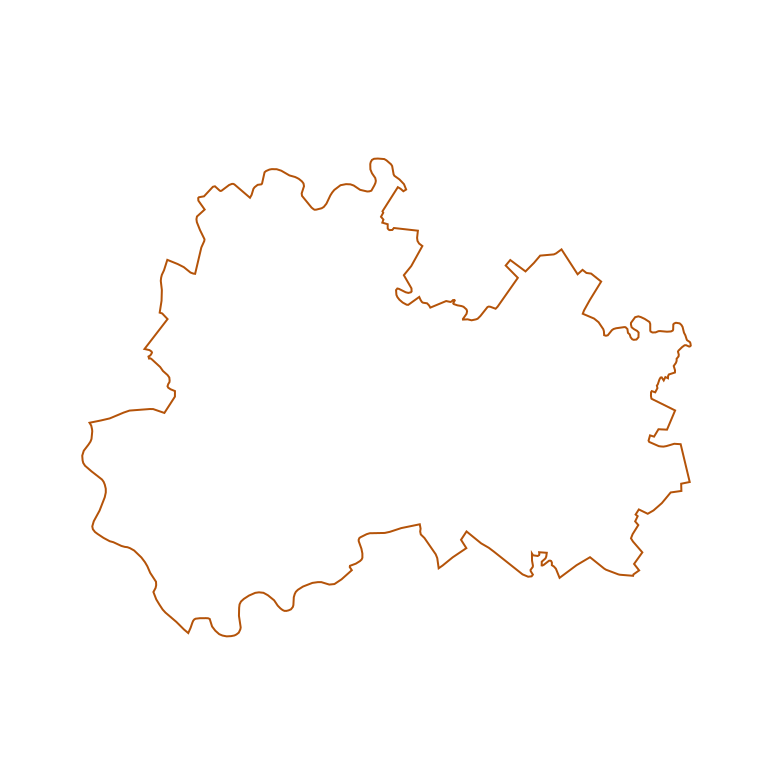 Gia Loc, Hải Dương, Vietnam, rotated 262°
{"feature_id": "81297802B14141540631295", "entity_name": "Gia Loc", "entity_type": "district", "adm_level": 2, "iso_a3": "VNM", "parent_name": "Vietnam", "parent_adm1": "Hải Dương", "projection": "orthographic", "projection_center": [106.289, 20.847], "detail": "fine", "context": "isolated", "style": "outline", "palette": "amber", "viewbox_px": 768, "rotation_deg": 262, "n_neighbors": 0, "source": "geoboundaries", "source_scale": "gbopen_adm2", "svg_char_len": 6137}
<svg xmlns="http://www.w3.org/2000/svg" viewBox="0 0 768 768"><g transform="rotate(262 384 384)"><path d="M204.2,412.5L193.9,412.5L196.1,416.8L202.8,427.9L210.0,442.7L219.0,438.6L226.5,445.2L212.7,458.0L207.2,465.0L202.9,469.3L176.2,494.7L173.1,499.9L173.0,503.4L174.5,504.9L178.3,503.2L179.4,503.2L182.2,505.9L183.5,506.2L188.5,506.0L195.6,506.9L193.6,507.8L192.3,512.3L193.0,513.8L194.0,514.2L195.8,514.2L194.2,521.7L190.7,520.7L188.8,519.6L186.1,515.5L182.4,514.9L182.2,515.5L182.6,516.9L186.0,522.8L186.0,523.9L185.4,524.9L183.8,525.4L181.2,525.0L179.7,526.8L177.2,528.5L167.6,530.9L177.8,549.5L183.8,563.9L170.5,576.4L169.2,578.0L162.9,589.5L162.3,591.0L159.4,604.0L160.7,604.5L163.9,610.7L171.0,606.6L181.3,616.4L193.4,608.6L196.8,607.1L200.7,609.3L208.9,616.2L213.0,613.6L217.8,616.8L219.7,615.0L224.3,618.9L218.8,627.1L221.3,633.3L227.4,642.6L236.7,652.8L236.7,663.6L243.9,664.4L244.4,673.1L283.1,669.4L284.4,663.1L283.2,655.0L283.1,652.0L283.6,649.6L284.2,647.5L289.7,638.6L291.1,638.1L296.1,640.3L294.3,644.1L301.0,649.5L299.4,657.9L317.3,668.6L332.0,647.1L332.3,646.8L335.0,646.7L338.7,647.3L339.7,648.2L338.0,651.4L341.9,654.2L344.5,654.0L345.4,655.0L350.2,657.4L351.9,658.8L351.9,659.9L348.6,661.5L351.7,663.6L350.2,666.0L352.3,666.4L353.8,667.4L354.9,673.7L357.1,674.1L361.5,673.4L364.4,676.1L366.2,677.0L368.3,677.3L370.3,679.5L372.0,680.0L375.1,679.6L376.1,680.3L379.1,684.4L380.5,687.0L380.4,688.5L378.6,691.4L378.7,692.3L379.3,693.1L381.8,693.1L383.0,692.7L385.1,690.3L385.7,690.0L390.3,689.2L393.1,688.2L399.0,687.6L401.1,686.7L402.9,685.2L404.0,681.6L403.6,679.9L402.8,678.8L397.6,677.9L396.7,677.3L396.1,675.5L396.4,671.5L398.0,664.7L398.1,663.1L397.3,660.0L397.7,656.9L398.9,655.3L399.9,655.1L406.4,656.0L408.5,655.5L412.2,651.2L414.5,647.7L415.6,645.3L415.2,642.0L410.2,637.1L408.7,636.8L405.7,637.1L403.5,639.2L401.4,642.0L399.6,643.3L394.9,642.5L392.9,640.2L393.0,637.4L393.8,636.0L396.0,634.7L398.9,634.2L400.7,632.7L404.5,632.7L406.6,631.1L406.9,629.9L406.9,621.6L406.5,619.0L405.6,617.2L401.1,612.4L400.9,610.5L401.7,608.8L405.6,609.1L407.7,608.8L415.3,605.1L419.6,601.1L425.9,590.6L429.0,592.3L438.4,599.4L455.2,613.3L464.5,604.5L465.8,599.9L469.4,596.5L465.7,591.0L492.6,578.5L489.4,572.6L488.7,570.2L489.4,556.5L483.0,549.3L475.8,539.8L489.2,526.3L484.4,521.0L470.5,531.3L444.7,507.2L443.0,505.0L445.7,500.0L446.1,498.5L445.8,497.2L437.9,488.9L435.6,485.8L435.2,484.0L434.9,479.6L436.4,475.8L436.8,471.2L437.4,471.2L442.0,475.5L444.5,476.4L446.3,476.1L449.4,473.5L450.4,471.6L451.7,467.6L453.5,464.1L454.3,463.8L456.9,465.7L457.4,465.4L457.5,464.0L456.3,462.4L456.0,461.2L457.5,457.1L453.2,440.5L455.5,439.6L457.9,437.9L459.1,433.9L460.0,432.9L462.2,431.9L465.3,431.0L459.0,419.0L459.4,417.4L462.1,413.8L465.3,411.0L468.1,409.4L470.5,408.7L475.3,409.0L476.7,410.5L476.2,411.9L471.8,418.3L470.8,420.8L471.1,423.4L471.8,424.2L474.9,424.5L489.0,418.8L497.0,427.4L515.3,441.2L518.2,438.3L521.0,437.1L524.1,437.1L531.1,438.9L537.1,415.5L535.4,413.7L535.6,411.1L536.1,410.2L537.5,409.3L541.7,409.9L544.0,404.8L546.9,406.3L550.0,404.3L553.7,407.1L555.2,406.5L577.0,425.1L575.0,427.6L572.2,430.0L573.5,433.0L579.1,431.6L584.4,427.8L588.7,423.3L590.2,422.7L598.7,422.4L600.5,421.6L605.1,417.6L606.7,415.6L608.1,409.3L608.4,405.5L607.6,403.3L605.7,401.8L603.7,401.0L598.4,400.4L594.4,401.4L589.2,404.0L586.3,404.2L584.3,403.5L581.9,402.0L577.2,398.4L576.8,396.1L577.0,394.1L579.6,387.4L584.8,381.6L586.4,378.5L587.2,374.2L586.9,368.6L583.1,361.8L580.8,359.3L578.2,357.1L570.6,352.1L567.7,349.0L566.7,346.7L566.1,341.2L566.2,339.6L566.8,338.7L568.8,336.8L581.7,329.0L584.2,329.0L591.0,332.3L593.8,332.2L596.1,330.9L599.0,328.2L600.3,326.4L601.4,324.7L603.7,319.4L609.5,312.0L611.6,307.7L612.4,302.8L612.3,300.4L611.3,296.8L610.3,295.2L599.4,291.1L598.8,290.3L598.8,286.6L596.9,283.3L595.5,281.9L589.7,279.2L587.1,277.2L602.5,263.6L603.2,262.4L603.3,261.1L602.6,258.3L598.0,250.0L597.9,249.1L598.3,248.3L603.3,244.1L603.1,242.0L594.9,231.9L594.7,226.7L594.0,225.9L591.4,225.7L581.7,230.7L575.9,222.1L573.3,221.2L570.3,221.2L562.1,223.2L552.3,226.4L550.6,225.9L544.6,222.1L519.4,212.3L519.9,210.5L521.3,207.9L527.6,202.0L531.5,196.4L537.1,186.7L527.3,182.0L523.0,179.2L520.3,178.1L517.2,177.3L508.0,177.1L497.4,175.3L485.9,171.8L484.7,174.2L478.4,178.7L452.0,151.7L450.2,156.5L448.5,158.3L447.4,158.6L445.9,157.6L444.8,156.5L444.0,154.6L441.9,154.9L441.9,156.3L440.9,157.4L432.0,164.7L427.7,166.9L423.0,170.9L420.3,172.3L417.3,172.2L415.7,171.8L414.1,170.4L411.9,169.3L410.4,169.8L408.5,171.9L406.1,176.0L400.6,175.2L385.9,162.5L391.3,151.9L391.8,148.7L393.1,128.3L391.9,122.1L388.1,107.6L387.3,98.7L386.6,87.0L383.5,88.3L379.7,88.6L377.7,88.5L370.3,86.7L367.8,85.3L365.1,82.9L359.7,77.4L355.0,75.2L350.3,74.9L347.6,75.2L344.6,76.6L338.2,82.2L328.7,91.4L326.3,92.7L323.2,93.5L319.0,93.9L315.3,93.4L310.7,91.7L298.2,84.7L288.5,77.5L283.6,75.3L280.7,75.5L277.7,77.2L275.3,79.6L270.6,84.9L266.5,90.5L265.0,94.0L260.2,101.4L258.8,104.6L258.1,107.2L256.8,109.6L253.9,113.4L246.0,119.6L240.8,122.5L236.4,124.3L229.5,126.2L219.9,130.7L216.5,130.4L213.8,129.4L210.1,126.7L202.4,128.5L196.8,130.9L191.5,133.4L188.0,135.8L177.4,145.2L168.7,151.8L164.6,155.5L169.4,158.5L174.5,161.1L176.1,162.1L177.3,163.4L177.8,164.8L177.7,168.9L176.9,175.1L176.5,177.2L175.6,178.7L167.8,180.0L163.2,182.6L159.2,186.0L157.4,189.0L156.0,193.0L155.6,197.5L155.8,200.9L156.5,203.0L158.0,205.6L161.1,207.6L162.9,208.2L174.6,208.1L182.5,209.4L185.9,210.3L188.5,212.1L190.7,215.3L193.3,220.9L195.1,227.4L195.1,231.2L194.0,235.6L191.0,239.6L185.1,245.1L179.3,247.9L176.2,250.2L174.3,252.1L173.2,253.8L172.9,255.7L173.1,257.9L173.8,260.5L175.9,262.7L177.7,263.5L185.4,265.0L188.5,266.4L190.5,267.8L192.2,270.1L194.7,275.6L197.0,285.4L197.0,291.1L196.5,294.4L193.0,301.9L192.8,307.1L196.5,314.8L204.1,326.2L207.5,324.6L208.7,325.0L210.0,331.1L212.0,335.6L213.3,337.4L214.9,338.4L219.2,339.0L224.1,338.7L231.8,337.1L233.2,337.2L234.8,338.1L235.5,339.3L237.7,345.9L238.2,349.1L236.4,364.0L236.8,369.3L238.9,381.0L240.1,399.9L235.7,400.1L232.9,399.3L229.9,399.5L225.9,402.6L208.2,411.5L204.2,412.5Z" fill="none" stroke="#b45309" stroke-width="2"/></g></svg>